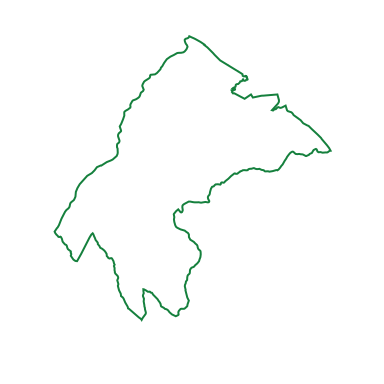 outline of Gnral. Antonio Elizalde, Bolivar, Ecuador, rotated 118°
{"feature_id": "8360857B53481091829171", "entity_name": "Gnral. Antonio Elizalde", "entity_type": "district", "adm_level": 2, "iso_a3": "ECU", "parent_name": "Ecuador", "parent_adm1": "Bolivar", "projection": "natural_earth1", "projection_center": [-79.193, -2.142], "detail": "fine", "context": "isolated", "style": "outline", "palette": "green", "viewbox_px": 384, "rotation_deg": 118, "n_neighbors": 0, "source": "geoboundaries", "source_scale": "gbopen_adm2", "svg_char_len": 6027}
<svg xmlns="http://www.w3.org/2000/svg" viewBox="0 0 384 384"><g transform="rotate(118 192 192)"><path d="M79.1,126.1L77.6,129.8L76.4,138.4L75.5,139.9L75.0,141.4L75.0,142.0L75.6,145.2L75.5,145.7L75.2,146.5L71.8,149.9L75.2,152.3L75.8,152.9L76.3,153.6L76.5,155.6L76.8,155.9L77.5,156.3L79.5,156.9L79.7,157.1L80.0,157.9L82.0,158.7L82.2,159.8L73.6,157.6L71.6,157.6L70.0,158.4L65.8,162.4L73.4,174.2L74.4,175.9L80.0,182.6L78.2,185.7L85.0,189.3L85.0,201.0L85.7,202.1L85.0,203.6L84.4,203.5L84.1,203.7L83.7,204.5L83.0,203.4L81.7,202.3L81.4,202.1L80.9,202.3L80.9,202.7L82.0,204.5L81.9,204.9L80.8,204.5L78.9,203.1L78.5,203.0L77.0,203.6L76.6,203.6L75.9,203.2L74.9,201.9L73.1,201.3L71.6,201.3L70.9,200.2L70.6,200.0L68.6,199.9L68.5,199.7L69.4,198.9L69.3,198.1L68.5,197.0L67.1,196.7L66.8,195.8L66.4,195.8L65.1,197.4L64.7,197.4L64.1,198.6L64.4,199.3L65.1,199.4L65.2,200.1L65.7,200.8L65.6,201.8L64.3,202.7L64.1,204.5L62.6,228.9L60.3,236.4L59.4,238.8L57.1,246.3L56.4,250.3L56.0,250.2L55.5,254.9L55.4,259.7L55.4,261.9L55.8,267.5L56.4,267.4L57.5,267.6L58.4,268.2L59.8,269.6L60.9,269.9L61.9,269.4L63.1,268.2L64.0,267.0L64.8,265.3L65.9,264.1L68.6,263.9L71.1,264.4L72.6,265.1L74.0,266.7L75.7,269.6L76.4,270.4L79.6,272.4L82.6,274.6L86.6,276.6L91.0,277.2L95.1,277.3L96.7,277.8L98.4,277.5L103.4,278.8L105.5,279.9L107.9,283.5L108.7,283.7L109.7,283.2L110.9,283.0L112.0,283.4L115.8,285.6L117.1,286.1L119.9,286.1L121.2,285.9L121.8,285.6L124.3,282.7L125.8,282.6L128.2,283.7L128.8,283.7L131.5,283.2L132.7,283.2L133.7,283.5L135.1,284.2L136.6,285.1L138.8,287.1L139.8,287.4L143.0,287.5L144.2,287.3L145.7,286.3L146.5,286.1L149.6,287.5L150.5,288.2L152.0,289.0L152.9,289.3L153.7,289.1L156.4,287.6L160.2,287.0L165.1,286.5L168.0,286.6L169.1,285.5L171.0,283.5L171.6,283.2L172.2,283.3L174.6,284.2L176.2,284.1L176.9,283.8L177.7,283.3L180.5,280.3L181.1,279.9L181.9,279.7L182.7,279.7L184.6,280.5L185.3,280.4L186.5,279.9L187.7,279.2L188.6,278.1L192.0,276.1L193.3,275.6L195.6,275.4L200.6,277.3L202.3,278.5L205.6,281.3L211.3,284.5L211.4,285.0L214.7,287.6L218.6,288.2L222.3,289.3L226.9,292.1L237.8,294.8L242.3,295.0L246.4,294.6L250.9,292.7L254.0,292.5L254.8,292.6L257.6,293.8L258.5,294.1L259.8,294.0L262.5,293.2L263.9,293.3L265.2,293.7L266.7,294.4L269.0,294.8L276.8,294.7L283.8,293.9L286.4,294.0L287.4,294.3L291.5,294.7L292.5,293.4L293.3,291.7L293.7,290.2L294.3,288.9L294.1,288.1L293.2,287.2L293.3,286.5L294.5,284.8L296.5,283.0L296.9,282.2L297.9,279.6L297.8,278.3L298.1,277.5L299.8,275.9L300.6,274.9L300.8,274.2L301.3,271.2L301.9,270.7L302.6,270.6L303.2,269.7L303.6,269.4L305.2,269.1L307.3,265.1L307.6,263.2L307.5,262.2L307.0,261.0L298.7,260.8L280.3,261.1L276.8,260.9L275.1,260.3L275.6,259.3L277.1,257.6L278.2,256.1L279.6,254.6L280.9,251.6L281.3,251.2L282.2,250.7L283.2,248.3L284.3,246.9L284.3,244.6L284.8,242.2L285.4,240.6L286.7,238.4L288.6,237.1L288.9,236.0L289.5,235.0L289.5,233.7L288.4,232.4L288.2,231.9L288.3,231.4L289.9,228.9L291.8,227.2L292.5,226.2L294.0,226.2L295.4,224.7L297.4,223.7L298.4,222.8L299.3,222.3L300.0,221.4L301.0,218.3L301.9,217.2L302.9,216.7L304.7,216.6L305.1,216.5L307.7,213.9L308.3,213.6L309.4,213.5L309.9,213.2L313.1,210.2L315.2,207.2L317.2,205.8L317.6,203.6L318.2,202.4L320.9,199.1L323.5,194.9L324.8,193.8L324.7,193.0L327.7,180.0L327.9,178.4L328.2,177.1L328.6,176.4L326.3,176.4L321.5,175.7L320.6,175.9L319.9,176.3L317.7,178.4L316.3,179.3L315.5,180.2L314.1,181.1L311.3,183.3L308.8,184.3L307.1,186.3L306.7,186.6L305.7,186.9L304.0,187.1L302.3,188.4L300.7,189.3L300.5,188.7L300.5,186.3L300.8,184.3L300.4,183.4L299.8,182.5L299.8,182.1L300.2,181.4L299.8,180.0L300.9,178.1L302.8,172.1L303.8,170.4L304.4,169.0L305.4,167.4L307.2,165.9L307.5,165.4L307.5,162.5L307.9,161.1L307.5,159.4L307.6,158.0L308.0,156.9L308.7,155.5L309.5,152.2L309.3,148.0L307.3,146.5L306.6,146.3L304.8,147.5L303.8,147.8L302.7,147.7L300.7,147.2L300.1,146.6L298.9,144.2L298.0,143.6L295.1,142.6L293.2,143.2L289.4,143.8L287.4,146.6L281.9,151.6L281.4,151.7L278.6,154.1L277.3,154.6L275.7,154.7L273.9,155.3L272.0,155.0L269.4,156.2L267.9,156.6L267.0,156.5L265.5,155.9L264.6,155.9L261.9,157.1L260.9,157.2L259.6,157.0L259.0,156.8L257.5,155.5L256.8,155.1L255.4,154.9L252.5,153.8L249.8,153.3L248.0,153.7L245.6,154.0L243.0,155.0L240.8,156.3L240.0,157.1L239.6,159.1L239.1,160.0L238.3,160.9L237.1,161.8L236.4,162.8L235.9,165.0L235.2,166.9L234.9,171.1L233.3,173.5L231.0,174.8L230.4,175.7L230.1,176.3L229.9,178.3L229.5,180.3L230.4,184.6L230.5,188.3L230.2,189.8L229.2,191.2L226.7,193.6L224.6,195.1L222.5,195.8L220.3,197.6L219.9,197.7L216.3,197.0L213.8,196.0L215.1,192.9L215.2,192.4L215.0,191.8L214.4,191.4L212.8,191.5L212.0,191.9L209.8,193.5L208.4,194.0L207.4,193.8L206.2,193.2L202.0,190.4L201.3,189.1L200.5,186.4L199.8,184.6L197.9,181.2L197.2,179.0L194.5,175.5L193.8,173.4L193.4,172.7L193.1,172.4L192.5,172.3L191.9,172.5L190.6,174.4L189.7,175.2L189.0,175.6L187.9,175.7L186.1,175.3L185.1,175.5L183.8,176.0L180.2,176.8L178.0,176.7L176.8,175.5L175.1,175.1L174.2,174.7L173.0,172.8L172.2,170.5L171.7,170.3L170.6,170.6L169.9,170.5L169.4,170.0L169.1,168.7L168.6,168.1L166.6,167.6L163.2,166.1L159.6,165.0L155.8,163.3L155.4,162.8L155.4,161.9L154.7,160.7L154.1,160.3L153.0,160.0L152.1,159.3L151.1,159.1L150.2,158.1L149.0,157.4L148.2,156.2L147.4,154.3L146.6,153.1L145.5,152.9L145.0,152.5L144.2,151.6L143.7,150.6L142.0,148.8L141.8,148.4L141.7,146.7L141.3,145.4L140.5,144.1L139.9,143.4L139.8,141.0L139.1,138.9L139.5,137.7L139.5,137.3L139.3,136.8L138.0,134.6L137.7,133.2L135.7,130.6L133.2,128.0L132.7,127.2L132.7,126.7L131.4,126.1L129.1,125.6L127.1,125.4L125.2,124.9L120.9,124.8L118.4,124.5L116.2,124.5L113.1,124.0L111.1,123.5L109.3,122.4L109.0,121.8L109.0,121.2L109.6,119.1L109.7,118.2L109.1,116.7L108.1,115.3L107.6,113.6L107.0,112.4L106.8,111.5L106.8,108.4L106.6,108.0L104.3,106.2L103.2,106.0L101.3,104.5L98.5,104.4L97.8,104.3L96.1,103.1L95.8,102.8L95.9,101.9L96.7,100.9L97.3,100.3L97.5,99.0L96.4,97.2L96.0,95.2L94.2,92.4L93.7,91.3L93.1,90.8L91.2,89.9L90.5,89.0L88.8,91.6L87.4,94.6L84.3,102.4L83.7,103.4L82.3,108.0L80.1,116.2L78.9,120.1L79.1,121.4L79.1,126.1Z" fill="none" stroke="#15803d" stroke-width="2"/></g></svg>